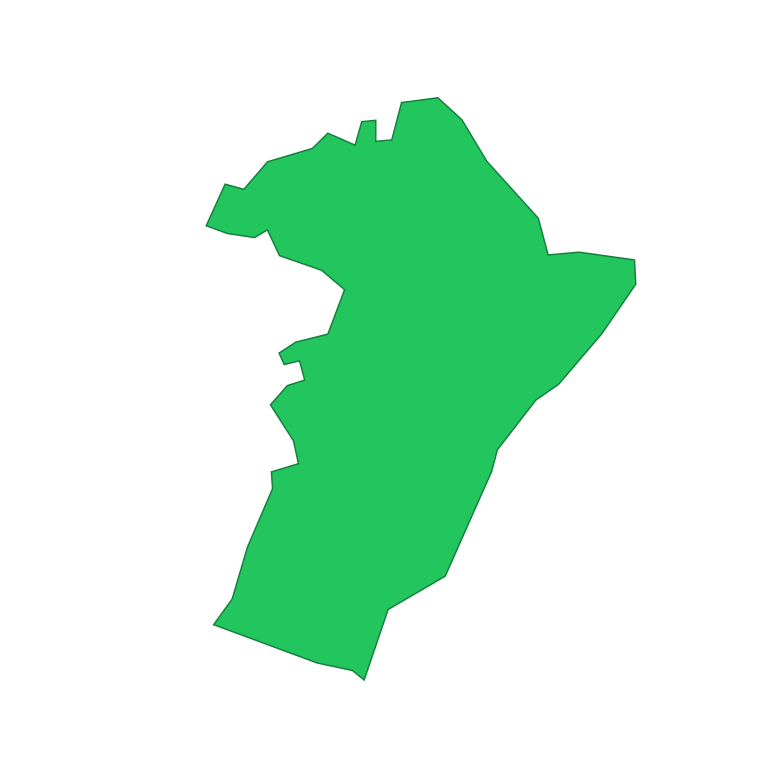 Cheatham, Tennessee, United States of America, rotated 16°
{"feature_id": "52423323B26737706677925", "entity_name": "Cheatham", "entity_type": "district", "adm_level": 2, "iso_a3": "USA", "parent_name": "United States of America", "parent_adm1": "Tennessee", "projection": "albers", "projection_center": [-87.13, 36.248], "detail": "fine", "context": "isolated", "style": "filled", "palette": "green", "viewbox_px": 768, "rotation_deg": 16, "n_neighbors": 0, "source": "geoboundaries", "source_scale": "gbopen_adm2", "svg_char_len": 793}
<svg xmlns="http://www.w3.org/2000/svg" viewBox="0 0 768 768"><g transform="rotate(16 384 384)"><path d="M169.5,280.9L192.0,282.5L219.2,278.9L229.4,268.0L248.2,289.4L292.7,291.9L320.1,304.2L316.3,351.5L287.6,368.1L274.6,383.2L282.7,392.8L296.4,385.0L306.7,402.1L291.5,412.2L280.6,435.3L312.7,463.6L323.7,484.2L300.0,499.5L305.7,515.2L297.7,578.5L297.3,632.6L286.6,662.3L396.7,670.6L432.5,668.1L446.5,674.0L450.1,599.6L495.8,551.8L511.6,438.3L511.1,416.1L534.3,357.8L551.9,336.1L579.4,276.0L598.5,218.7L590.6,195.7L535.2,203.5L506.2,214.7L486.7,182.2L421.5,141.6L386.1,108.6L356.9,94.0L323.3,108.6L324.2,147.2L309.2,153.0L303.4,132.8L290.3,138.0L290.4,162.4L260.9,158.4L250.2,177.3L210.8,202.5L195.6,235.5L176.2,235.7L169.5,280.9Z" fill="#22c55e" stroke="#15803d" stroke-width="1.5"/></g></svg>